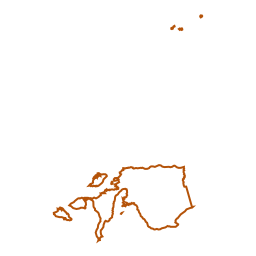 outline of Seram Bagian Barat, Maluku, Indonesia
{"feature_id": "22746128B92585048181027", "entity_name": "Seram Bagian Barat", "entity_type": "district", "adm_level": 2, "iso_a3": "IDN", "parent_name": "Indonesia", "parent_adm1": "Maluku", "projection": "orthographic", "projection_center": [128.082, -2.474], "detail": "fine", "context": "isolated", "style": "outline", "palette": "amber", "viewbox_px": 256, "rotation_deg": 0, "n_neighbors": 0, "source": "geoboundaries", "source_scale": "gbopen_adm2", "svg_char_len": 5937}
<svg xmlns="http://www.w3.org/2000/svg" viewBox="0 0 256 256"><path d="M183.9,166.9L180.9,167.8L178.8,167.9L177.1,167.4L174.7,165.7L173.7,165.8L172.2,166.8L170.3,167.2L168.9,166.8L164.4,167.1L162.3,166.6L160.8,165.4L159.0,165.1L154.9,166.9L153.0,166.4L151.1,166.4L149.9,167.1L149.1,168.1L147.4,168.8L145.1,168.9L142.4,167.7L141.6,168.0L140.9,167.8L137.6,168.3L136.0,168.0L133.8,168.6L132.9,168.2L132.8,167.6L130.9,167.1L129.5,167.7L128.2,167.6L127.9,168.0L126.2,168.0L125.6,168.4L123.2,168.1L123.1,168.9L123.6,169.6L123.4,170.1L121.8,170.4L121.3,171.5L119.7,172.4L119.9,173.5L121.1,174.2L120.3,175.6L118.0,177.9L114.8,178.1L113.8,179.3L114.0,180.1L114.7,180.8L116.6,180.4L118.2,179.1L118.7,179.5L118.5,180.6L119.1,182.2L115.4,184.3L116.1,184.8L116.2,185.6L115.8,185.4L115.6,185.8L115.9,185.7L115.9,186.5L117.0,187.7L117.6,187.2L117.8,187.9L118.3,188.0L118.2,188.9L117.3,189.0L116.7,189.4L115.1,189.1L114.1,189.8L112.1,189.4L110.4,189.7L109.8,190.2L109.2,189.7L108.7,190.1L107.0,189.6L106.7,189.8L107.1,190.3L106.6,190.8L106.2,190.3L107.0,190.3L106.6,190.1L106.4,189.4L105.0,190.5L104.7,191.5L104.1,192.0L104.1,193.0L104.8,192.9L105.0,193.2L103.7,193.2L103.6,192.9L103.1,193.2L102.6,192.8L102.1,193.3L101.5,193.1L101.0,193.9L100.6,193.7L100.8,195.3L99.7,195.7L98.9,196.7L97.5,197.6L96.0,198.4L94.1,197.6L92.8,198.4L91.7,198.5L90.7,198.1L89.8,198.3L90.1,199.2L92.5,200.5L93.3,201.7L93.5,206.2L93.8,207.3L95.0,208.7L95.0,210.1L98.0,212.4L98.6,213.3L99.6,216.6L100.6,218.4L100.3,220.4L100.5,221.3L99.3,222.8L98.2,224.9L97.8,227.9L96.6,229.9L95.7,232.6L96.8,236.4L98.2,238.1L98.6,239.8L98.3,240.6L98.7,240.3L99.9,240.1L99.7,238.9L99.9,238.1L100.9,237.0L102.4,236.5L101.1,234.7L100.7,232.2L100.8,230.3L101.7,229.5L103.4,227.0L103.6,224.8L104.8,221.7L105.6,220.8L107.1,221.5L108.1,221.4L109.5,220.3L109.6,219.1L112.1,217.3L112.1,215.8L112.9,213.6L112.5,212.6L113.0,211.3L112.4,210.4L113.0,209.0L112.7,208.4L113.4,207.2L113.6,204.5L113.4,203.7L113.8,203.3L113.8,202.0L114.4,201.4L114.9,199.5L115.1,197.1L115.8,195.6L117.8,194.4L119.2,192.2L121.3,190.6L121.7,189.8L123.0,189.1L125.3,188.8L125.8,189.3L126.5,189.2L127.0,190.4L127.1,192.8L126.5,193.7L127.2,195.1L126.5,196.1L126.5,196.7L125.5,197.5L124.2,197.0L124.1,196.6L124.1,197.7L123.8,198.2L124.2,199.0L123.6,199.3L122.8,198.6L123.0,199.6L123.4,200.1L123.4,200.9L122.7,201.5L123.7,201.0L124.0,201.4L122.9,202.7L124.1,203.4L124.0,204.0L124.8,205.5L125.5,206.1L126.0,204.9L126.4,205.0L126.7,204.4L127.3,204.6L126.2,202.6L126.9,202.8L127.5,203.7L128.1,203.7L129.2,204.6L129.5,204.4L129.3,203.8L129.5,203.7L130.1,204.3L130.7,204.3L131.4,203.7L131.3,203.2L132.5,202.5L131.9,203.3L132.0,203.5L133.0,203.5L133.8,203.0L134.2,203.2L134.3,204.4L136.4,205.4L136.9,206.2L137.5,207.5L137.3,209.5L138.5,210.3L139.1,212.4L140.2,213.9L140.7,216.0L142.3,217.3L142.9,218.5L144.3,219.2L145.4,220.8L145.6,221.6L147.1,222.8L148.0,226.1L148.9,226.9L150.0,227.3L151.2,228.4L152.8,228.6L153.8,229.3L154.8,229.5L156.9,228.9L158.4,229.5L160.1,229.3L161.8,228.3L165.5,227.4L167.6,226.0L168.6,226.4L169.7,226.3L170.4,226.8L175.7,226.8L178.1,224.8L178.2,224.3L175.3,222.4L175.7,221.2L175.5,220.5L175.9,219.7L177.1,218.4L177.6,218.3L180.7,214.4L185.0,211.3L186.5,209.4L190.4,207.9L192.1,207.6L193.0,206.8L192.2,206.9L191.7,206.0L186.2,186.6L184.4,186.7L183.8,185.5L183.3,182.9L183.7,182.2L182.8,180.3L183.0,178.9L182.7,178.3L183.5,178.9L183.9,178.8L183.9,177.8L184.2,177.9L184.7,177.1L184.4,176.7L184.9,175.9L184.0,174.5L184.4,174.1L183.6,172.4L183.6,171.0L184.2,170.3L183.6,169.7L184.1,168.4L183.8,168.1L183.9,166.9ZM81.9,197.7L79.8,198.5L79.1,198.2L77.8,198.6L74.7,201.1L73.9,202.1L70.9,203.6L69.3,205.4L71.1,206.2L73.2,208.1L76.4,209.0L79.3,208.5L80.9,207.7L83.3,207.8L85.0,208.5L85.4,208.2L85.5,207.6L85.1,206.4L86.0,204.8L85.8,202.5L84.9,201.1L85.7,201.1L85.8,200.8L83.8,199.7L83.1,198.3L81.9,197.7ZM98.8,173.1L97.5,173.4L97.5,173.9L98.1,174.1L98.7,173.9L100.1,174.8L100.4,176.1L98.7,175.4L97.7,177.0L96.9,177.1L96.9,177.5L96.6,177.2L96.7,177.6L95.6,178.0L93.9,178.2L94.1,179.0L93.3,179.8L92.9,181.5L93.0,182.6L91.3,184.0L90.5,183.9L88.9,185.7L90.0,185.5L90.6,186.1L91.3,185.8L92.4,186.3L93.6,185.7L94.0,186.1L95.5,185.9L95.3,186.2L95.5,186.4L97.7,186.1L98.6,185.7L101.9,183.0L102.9,181.7L103.5,179.4L106.8,176.2L106.7,175.4L105.5,174.3L103.5,174.2L101.5,174.5L100.0,174.0L98.8,173.1ZM62.6,208.5L61.8,208.7L61.7,209.4L61.2,209.3L61.2,209.6L60.3,208.9L58.4,209.6L57.4,208.9L57.9,209.9L57.8,211.0L56.4,211.9L53.8,212.8L53.9,213.8L54.1,213.7L55.8,216.2L59.3,217.1L61.7,217.1L63.7,217.9L65.4,218.0L66.0,219.2L67.1,220.1L68.6,220.0L69.6,220.4L71.2,219.9L71.5,219.4L71.4,218.8L69.1,217.1L68.7,216.1L68.7,214.9L67.9,213.7L67.6,213.5L66.9,213.8L65.8,212.0L65.0,211.6L64.5,210.7L63.6,210.4L63.0,209.5L63.5,209.6L63.4,209.4L62.4,209.7L62.1,209.4L62.9,208.9L62.6,208.5ZM98.7,174.7L98.1,174.2L98.1,174.6L96.0,175.2L94.0,177.1L93.6,177.9L95.1,177.8L95.9,177.1L97.2,176.9L97.4,176.4L98.4,175.7L98.7,174.7ZM88.0,197.8L84.4,197.8L83.4,198.1L83.9,199.2L84.6,198.9L85.8,199.1L86.5,199.9L87.2,199.5L86.3,198.3L87.5,198.3L87.7,199.1L89.5,198.2L88.0,197.8ZM201.9,15.5L200.7,15.4L200.3,15.9L200.2,16.7L200.8,17.4L202.1,16.5L202.2,16.0L201.9,15.5ZM181.7,30.0L182.3,29.6L182.2,28.8L182.0,28.4L181.2,28.4L180.8,29.0L180.9,29.7L181.7,30.0ZM112.6,181.7L112.1,181.6L111.6,182.1L111.2,183.8L111.7,184.1L112.2,183.9L112.6,181.7ZM171.9,29.1L172.9,28.6L172.8,27.8L172.1,27.7L171.3,28.1L171.3,28.9L171.9,29.1ZM60.1,207.5L59.4,208.3L61.1,208.6L61.3,209.1L61.6,208.0L60.1,207.5ZM124.2,205.9L123.9,204.3L122.4,206.0L122.7,206.2L123.4,205.7L124.2,205.9ZM180.1,29.4L179.5,28.6L178.9,29.0L179.7,29.8L180.1,29.4ZM173.6,27.0L174.6,26.5L174.4,25.9L173.5,26.4L173.3,26.8L173.6,27.0ZM120.7,214.5L122.0,212.8L121.7,212.9L121.3,213.3L120.8,213.9L120.7,214.5ZM64.2,218.7L63.9,218.8L64.0,219.3L64.6,219.3L64.2,218.7ZM59.0,208.8L58.0,208.7L58.3,209.1L59.0,208.8ZM114.6,184.5L114.0,184.4L113.7,184.6L114.6,184.5Z" fill="none" stroke="#b45309" stroke-width="2"/></svg>